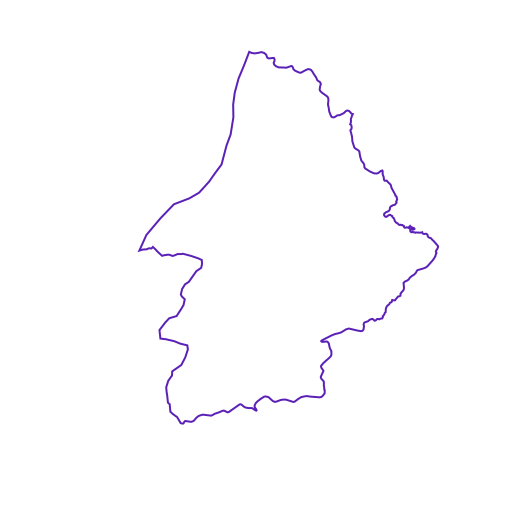 Hiem, Houaphan, Laos (Natural Earth projection), rotated 223°
{"feature_id": "54806243B99881482516607", "entity_name": "Hiem", "entity_type": "district", "adm_level": 2, "iso_a3": "LAO", "parent_name": "Laos", "parent_adm1": "Houaphan", "projection": "natural_earth1", "projection_center": [103.244, 20.096], "detail": "fine", "context": "isolated", "style": "outline", "palette": "violet", "viewbox_px": 512, "rotation_deg": 223, "n_neighbors": 0, "source": "geoboundaries", "source_scale": "gbopen_adm2", "svg_char_len": 6123}
<svg xmlns="http://www.w3.org/2000/svg" viewBox="0 0 512 512"><g transform="rotate(223 256 256)"><path d="M345.0,180.4L343.4,183.2L342.1,184.7L340.8,185.9L339.5,188.7L337.6,190.2L337.6,192.3L334.4,192.3L330.4,192.0L324.8,192.1L323.5,194.2L321.3,196.9L320.3,197.8L317.1,199.1L316.0,200.9L314.7,203.9L311.8,206.6L311.0,207.8L303.5,211.8L296.6,214.9L292.9,216.1L289.9,213.2L288.0,209.9L289.3,204.2L287.5,191.3L288.6,186.8L287.5,181.4L284.7,176.6L282.6,175.8L278.6,175.8L275.6,170.8L274.7,166.9L273.1,157.9L277.0,151.3L277.0,145.6L276.1,136.0L269.6,130.4L265.1,133.7L257.6,138.0L251.7,140.2L245.3,143.8L242.1,141.2L238.5,133.4L236.3,125.3L238.6,114.5L235.9,111.3L235.1,105.0L232.1,98.7L228.5,95.5L225.8,93.4L220.4,88.7L218.0,88.7L212.4,83.7L209.1,83.7L203.8,84.4L197.1,82.4L196.3,82.8L195.3,83.4L194.9,84.0L195.4,86.4L195.2,87.1L190.4,90.4L189.5,91.9L189.1,93.2L189.3,97.0L188.9,99.7L188.1,101.4L186.7,103.7L181.1,107.8L179.8,108.8L179.3,110.1L178.6,112.4L176.1,117.1L175.1,119.6L174.1,121.0L172.5,121.6L170.5,122.1L169.9,122.6L169.5,123.3L166.8,136.2L166.2,137.0L165.2,137.4L161.7,137.6L160.4,138.0L158.0,139.5L155.7,141.6L155.0,142.1L151.2,142.7L150.3,143.1L150.3,143.5L151.2,144.0L154.0,144.6L155.1,145.8L155.8,148.0L155.8,150.6L155.1,154.8L154.2,158.4L153.4,159.7L150.7,161.3L145.1,161.4L143.9,161.7L142.8,162.1L141.8,163.4L139.7,167.6L138.2,169.5L136.3,171.3L129.2,174.7L128.4,175.8L127.7,179.9L126.7,183.6L124.8,186.4L123.4,188.1L119.9,190.6L116.9,193.0L113.0,196.1L112.2,197.2L111.8,198.9L112.1,202.3L113.3,203.7L114.1,204.6L114.5,204.9L115.0,204.9L115.5,205.3L115.9,205.9L118.2,207.7L120.3,210.0L121.1,210.5L124.5,210.8L125.7,211.3L126.3,212.0L127.4,215.2L128.1,217.5L128.5,218.1L131.9,218.8L132.9,219.4L133.5,220.1L133.7,223.5L133.3,228.2L133.0,230.9L132.9,232.8L133.1,234.3L133.6,235.3L135.3,237.1L136.0,237.8L139.0,238.9L140.6,239.9L142.6,241.4L144.1,242.0L145.3,242.0L146.1,241.6L148.8,238.5L149.4,238.2L150.1,238.1L150.4,238.6L149.8,240.6L146.7,249.1L144.9,253.0L143.4,255.1L141.6,258.2L140.1,263.8L138.6,266.3L130.9,270.7L128.0,272.6L127.4,273.4L127.1,274.1L127.1,275.1L127.5,275.9L129.0,278.2L130.7,279.4L131.2,280.5L131.3,281.3L130.8,282.4L129.7,284.4L129.5,285.2L129.5,286.2L129.2,287.3L128.6,288.5L127.8,289.5L126.5,289.6L125.2,289.5L124.8,290.0L124.5,290.9L124.5,292.0L124.4,292.6L123.8,293.2L122.6,293.8L122.1,295.3L121.1,296.4L121.5,297.8L122.3,298.5L122.2,299.9L122.3,300.6L123.0,302.2L122.9,303.4L124.8,305.6L125.3,306.5L125.9,308.1L126.0,308.6L126.0,309.5L125.7,311.4L125.8,312.2L126.1,313.0L126.1,313.4L125.5,314.5L125.5,315.1L126.4,316.7L124.6,317.8L124.1,318.4L124.1,318.8L124.3,319.4L124.3,320.3L124.4,321.6L124.5,323.1L123.6,324.5L123.3,325.5L124.6,327.0L124.8,328.6L124.8,330.0L124.9,331.9L126.0,333.6L129.7,336.9L129.7,338.7L128.7,341.2L128.3,343.0L128.7,344.9L128.4,347.6L127.7,350.0L127.6,352.5L128.3,355.3L128.0,356.2L124.9,361.4L124.0,363.4L123.6,365.4L123.8,373.0L124.0,375.1L124.7,378.2L125.9,380.4L126.0,381.2L126.4,381.5L126.9,381.6L127.6,382.0L127.9,382.9L128.3,385.0L128.9,386.6L129.5,387.3L132.1,387.7L136.4,388.1L138.7,388.1L139.8,388.3L140.3,388.3L141.0,387.9L142.4,387.4L143.0,387.4L144.1,387.7L144.9,388.4L145.4,388.6L145.9,388.5L146.9,388.2L147.9,386.9L148.8,386.3L149.4,386.2L150.1,386.3L150.6,386.7L151.0,386.0L152.7,384.2L153.3,383.9L154.1,383.0L154.7,382.7L155.1,382.3L155.3,381.7L156.3,381.4L157.0,380.9L157.2,380.5L157.9,380.4L158.5,379.4L159.5,379.2L159.9,379.3L160.9,380.1L160.9,380.6L160.9,381.7L160.5,381.9L160.0,381.7L159.5,382.0L159.9,382.3L159.8,382.8L159.5,383.1L158.5,383.7L158.7,384.0L159.2,384.0L159.5,384.1L159.9,383.9L160.2,383.6L160.4,382.8L161.0,382.9L161.2,383.4L162.9,382.9L163.8,383.1L163.9,382.0L163.1,381.4L162.9,381.1L162.9,380.8L163.3,380.6L164.2,380.4L164.5,380.2L165.3,379.9L165.8,378.8L166.3,378.4L166.7,378.0L167.1,378.0L167.3,378.1L167.8,378.5L168.3,378.8L168.5,378.6L169.1,378.5L170.2,378.5L170.4,378.3L170.8,377.6L171.4,377.5L171.8,377.3L172.3,376.5L173.3,376.3L175.1,376.4L176.0,376.0L176.3,376.0L178.0,376.2L179.0,376.6L179.9,377.2L181.0,377.6L182.3,377.5L182.8,377.6L183.2,377.7L183.6,378.1L186.2,377.5L186.7,376.4L187.4,373.4L188.5,372.9L189.4,373.0L190.2,373.2L191.1,374.4L190.7,377.0L189.9,378.4L189.6,379.9L189.8,381.0L191.0,382.9L191.2,383.6L191.1,385.0L190.6,385.7L190.5,386.5L190.2,387.0L189.7,387.6L189.4,388.1L189.4,389.9L189.6,390.8L189.7,391.0L190.4,391.2L190.5,391.4L190.7,392.1L191.0,392.5L191.2,393.5L192.8,394.5L193.0,394.9L193.6,395.2L194.5,395.2L195.1,395.2L195.2,395.5L203.5,398.3L205.5,399.7L206.6,400.0L209.2,400.0L211.9,400.2L213.1,398.9L214.4,399.0L216.4,400.8L219.2,402.2L221.3,404.5L221.9,404.7L222.7,403.3L223.2,400.0L224.1,398.5L226.2,396.9L230.3,395.5L235.9,394.5L237.2,394.8L238.3,395.9L239.8,396.9L240.9,397.2L244.0,397.6L248.0,400.0L251.7,402.9L252.8,403.1L257.2,402.3L258.2,402.5L263.6,405.5L267.1,408.7L270.7,411.1L272.5,412.1L272.9,412.8L272.8,413.7L273.0,414.3L273.6,415.1L274.9,416.3L275.5,416.6L276.0,416.7L276.9,416.5L277.5,418.0L278.2,419.0L278.8,419.7L279.7,420.5L280.2,421.1L280.5,422.1L281.3,423.6L282.0,425.8L282.5,425.5L283.6,425.2L285.1,425.5L286.8,425.5L287.6,425.2L288.3,424.7L288.7,424.3L289.1,423.2L289.2,420.7L289.9,418.5L291.0,415.9L292.2,414.6L292.6,413.8L292.8,412.7L293.4,410.8L293.8,410.3L294.9,409.5L295.8,409.3L296.9,409.7L300.8,411.5L304.2,414.2L306.7,415.9L309.0,419.0L310.4,420.4L311.8,421.1L313.3,421.2L318.4,420.5L320.4,420.4L322.0,420.6L323.0,421.2L324.8,423.8L325.4,425.1L326.0,426.1L327.6,426.8L330.3,426.4L331.6,426.5L333.5,427.5L338.2,428.6L340.5,429.3L342.7,429.6L343.9,429.2L345.3,428.3L346.3,426.2L348.2,420.6L349.2,419.8L351.8,418.8L354.3,418.1L356.2,418.2L357.3,418.9L358.8,419.4L359.7,419.1L362.3,414.3L362.9,413.9L368.1,409.4L370.8,408.4L373.2,408.4L374.8,409.3L375.5,411.3L376.8,412.7L378.1,413.0L379.5,411.4L381.3,409.3L382.9,408.7L386.0,410.2L388.3,410.1L391.0,408.9L392.9,406.1L395.1,403.3L397.7,401.5L400.2,400.7L394.8,387.4L389.8,373.9L382.9,360.9L376.0,351.2L367.2,342.1L357.4,327.5L352.9,316.7L343.6,299.4L342.5,289.1L341.0,278.2L340.8,263.5L344.1,252.6L351.3,237.9L351.6,218.3L350.5,196.6L345.0,180.4Z" fill="none" stroke="#5b21b6" stroke-width="2"/></g></svg>